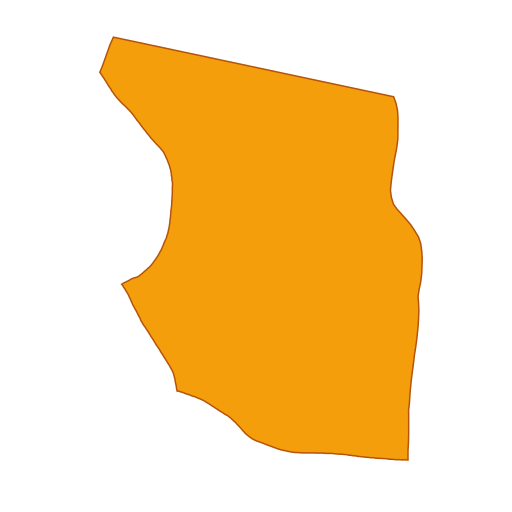 Jabal Murad, Ma'rib, Yemen (Natural Earth projection), rotated 12°
{"feature_id": "15242507B48371186390559", "entity_name": "Jabal Murad", "entity_type": "district", "adm_level": 2, "iso_a3": "YEM", "parent_name": "Yemen", "parent_adm1": "Ma'rib", "projection": "natural_earth1", "projection_center": [45.169, 15.045], "detail": "fine", "context": "isolated", "style": "filled", "palette": "amber", "viewbox_px": 512, "rotation_deg": 12, "n_neighbors": 0, "source": "geoboundaries", "source_scale": "gbopen_adm2", "svg_char_len": 5162}
<svg xmlns="http://www.w3.org/2000/svg" viewBox="0 0 512 512"><g transform="rotate(12 256 256)"><path d="M71.0,71.6L70.9,72.3L69.3,79.5L68.3,87.1L67.3,94.5L66.4,101.3L65.2,108.1L64.9,108.6L66.3,110.0L67.7,111.2L68.4,112.1L70.1,113.6L71.6,115.2L72.6,116.1L73.9,117.5L74.7,118.3L75.9,119.6L77.0,120.8L78.1,121.8L79.2,122.7L79.8,123.6L80.5,124.4L81.3,125.1L82.2,125.8L83.6,127.2L84.5,128.1L85.7,129.0L87.4,130.4L88.2,131.0L89.9,132.1L91.0,133.0L93.1,134.4L94.2,135.1L97.2,136.8L98.9,137.9L99.8,138.6L102.1,140.1L103.4,141.0L104.9,142.2L105.8,142.9L107.2,144.1L108.0,144.8L109.0,145.7L110.3,146.9L111.0,147.6L112.5,148.8L113.9,149.9L114.7,150.6L116.5,152.3L117.9,153.5L118.7,154.2L120.0,155.3L121.0,156.0L122.0,156.8L123.4,158.1L124.5,158.9L126.8,160.8L128.0,161.9L129.2,162.8L130.2,163.5L131.4,164.3L132.9,165.5L134.0,166.2L135.7,167.5L136.6,168.0L138.1,169.0L138.9,169.7L140.1,170.4L141.2,171.5L142.3,172.1L143.5,173.2L144.6,174.4L145.5,175.5L146.4,176.7L147.5,178.3L148.7,179.7L149.9,181.6L150.7,182.8L151.4,183.9L152.2,185.1L153.0,186.5L153.6,187.9L154.4,189.1L155.1,190.7L155.9,192.6L156.5,194.8L157.4,196.8L157.7,198.0L158.0,199.4L158.7,200.6L159.0,201.6L159.6,203.9L159.7,205.1L160.0,206.7L160.4,208.8L160.8,210.5L161.4,213.8L161.6,215.6L162.1,218.4L162.3,220.3L162.7,222.4L163.0,224.8L163.3,227.5L163.3,229.0L163.6,230.8L163.9,233.2L164.3,236.2L164.3,237.7L164.8,241.4L164.8,242.6L165.0,244.7L165.0,247.1L165.0,248.9L165.0,250.3L165.0,251.3L165.0,252.7L164.6,254.3L164.7,255.5L164.4,258.0L163.9,259.7L163.4,262.0L163.0,264.8L162.5,267.2L161.9,270.0L161.3,271.9L160.8,273.7L160.2,275.6L159.5,277.5L158.7,279.4L157.8,281.5L157.2,282.9L156.7,284.1L155.9,285.7L155.3,286.9L154.6,288.1L154.0,289.2L153.0,290.2L152.3,291.4L151.5,292.5L150.0,294.4L149.2,295.5L148.6,296.3L148.0,297.2L147.1,298.2L146.3,299.1L145.5,300.2L144.2,301.2L143.0,301.9L141.7,302.6L139.6,303.8L138.5,304.7L137.0,306.1L136.2,306.8L135.1,307.7L133.8,308.7L132.7,309.6L131.6,310.4L130.9,311.3L130.5,311.6L131.6,312.5L132.4,313.2L133.0,314.1L134.1,315.0L135.0,315.9L135.6,316.7L136.8,317.8L137.7,318.8L138.7,319.9L140.2,321.8L140.8,322.8L142.2,324.4L143.3,326.1L144.5,327.7L145.7,329.5L147.1,331.0L148.2,332.4L149.2,333.5L150.8,335.2L152.0,336.8L153.1,338.2L154.1,339.4L155.2,340.6L156.0,341.8L157.1,343.4L158.3,344.6L159.3,345.8L160.7,347.2L162.3,348.6L163.9,350.2L165.6,351.9L167.3,353.5L167.9,354.4L169.0,355.3L169.8,356.3L171.0,357.5L172.2,358.6L173.8,360.3L175.3,361.9L177.0,363.8L178.8,365.4L180.2,366.8L181.1,367.6L182.6,369.4L183.4,370.2L184.9,371.6L185.7,372.5L186.8,373.7L188.9,375.8L190.9,377.9L191.8,378.9L193.2,380.3L194.4,381.5L195.2,382.6L196.1,383.5L196.9,384.4L197.8,385.4L198.7,386.6L199.5,387.8L200.1,389.0L200.7,390.1L201.2,391.1L201.8,392.4L202.5,393.8L203.1,395.5L203.9,397.4L204.7,399.0L205.3,400.6L205.9,402.3L206.5,403.5L207.0,404.6L207.4,404.3L208.8,404.3L210.3,404.6L211.6,404.6L212.5,404.7L214.2,404.9L215.3,405.3L216.8,405.3L218.6,405.6L219.8,405.6L222.0,406.1L224.1,406.3L225.2,406.3L227.5,406.8L229.5,407.2L231.5,407.5L233.5,408.0L235.3,408.4L237.1,409.1L239.1,409.8L241.1,410.5L242.8,411.2L244.6,411.9L246.5,412.6L248.2,413.3L249.9,413.9L251.5,414.7L252.8,415.0L254.4,415.7L255.4,415.9L256.3,416.4L258.1,417.1L259.2,417.4L260.3,417.8L261.2,417.9L262.4,418.6L263.8,419.2L264.7,419.7L266.5,420.7L268.7,422.1L271.0,423.3L271.7,424.0L273.6,425.3L274.7,426.0L276.3,427.2L278.0,428.4L279.7,429.8L281.2,430.8L282.4,431.7L284.4,432.8L286.0,433.6L287.1,434.2L288.9,435.0L290.6,435.7L292.0,436.0L292.9,436.4L293.8,436.4L295.0,436.8L295.9,436.9L297.6,437.1L301.3,437.6L303.3,438.0L305.4,438.3L307.7,438.7L310.2,439.0L312.6,439.4L314.9,439.7L317.0,440.1L318.4,440.1L320.6,440.4L323.0,440.4L324.9,440.4L325.8,440.4L327.8,440.4L329.3,440.4L330.7,440.4L333.4,440.2L335.1,440.1L338.2,439.5L340.8,439.2L343.5,438.7L346.7,438.0L349.9,437.4L353.0,436.7L357.1,436.0L360.0,435.3L363.1,434.8L365.6,434.5L367.7,434.1L369.7,433.6L371.4,433.4L372.6,433.2L374.1,433.1L375.8,432.9L376.7,432.7L378.0,432.7L380.1,432.2L381.6,432.0L383.8,431.8L385.6,431.5L387.0,431.5L388.7,431.5L390.5,431.2L391.4,431.2L392.5,431.2L394.5,430.8L395.7,430.8L397.8,430.8L399.1,430.5L400.8,430.5L402.9,430.1L404.1,430.1L406.7,429.8L408.1,429.6L410.6,429.4L412.6,428.9L414.7,428.9L416.8,428.6L419.1,428.2L421.3,427.8L423.7,427.5L426.2,427.1L428.5,427.1L430.6,426.7L432.7,426.4L434.1,426.3L436.1,425.9L437.0,425.9L438.0,425.4L439.2,425.4L440.9,425.0L442.1,425.0L443.0,424.5L444.4,424.4L445.5,424.2L447.1,423.9L446.6,421.7L445.1,414.6L443.9,406.7L442.4,398.7L440.7,390.7L439.2,383.6L437.3,375.0L436.6,367.5L435.3,359.1L434.4,351.5L433.6,344.1L433.0,336.8L432.4,328.8L431.6,320.6L431.2,312.9L430.7,305.8L430.0,298.3L429.1,290.8L428.1,283.8L426.6,275.3L424.8,268.3L422.9,261.7L422.5,254.7L422.5,247.4L421.8,239.0L420.5,231.8L419.1,223.8L417.1,216.8L414.5,209.5L411.1,203.8L405.9,198.2L402.8,195.2L400.9,193.3L395.5,189.1L389.8,184.9L384.5,181.1L379.7,176.8L376.2,170.5L373.9,164.0L373.0,156.7L372.4,149.7L371.9,142.2L371.4,134.6L371.3,127.4L371.2,122.5L371.1,120.3L370.5,112.6L369.1,105.6L367.6,98.3L366.1,91.0L364.1,84.0L361.2,77.5L357.5,71.6L71.0,71.6Z" fill="#f59e0b" stroke="#b45309" stroke-width="1.5"/></g></svg>